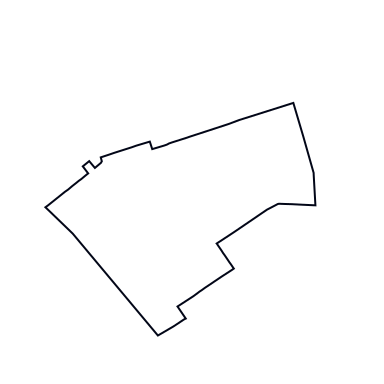 Al-Munakh, Bur Sa`id, Egypt, rotated 219°
{"feature_id": "37247803B61340660401138", "entity_name": "Al-Munakh", "entity_type": "district", "adm_level": 2, "iso_a3": "EGY", "parent_name": "Egypt", "parent_adm1": "Bur Sa`id", "projection": "albers", "projection_center": [32.286, 31.265], "detail": "fine", "context": "isolated", "style": "outline", "palette": "ink", "viewbox_px": 384, "rotation_deg": 219, "n_neighbors": 0, "source": "geoboundaries", "source_scale": "gbopen_adm2", "svg_char_len": 1101}
<svg xmlns="http://www.w3.org/2000/svg" viewBox="0 0 384 384"><g transform="rotate(219 192 192)"><path d="M296.3,87.9L285.8,87.0L258.5,84.6L128.2,59.0L121.8,75.9L118.1,87.7L117.7,88.7L117.2,89.7L131.2,93.9L125.3,112.1L123.7,118.3L123.6,118.9L123.4,119.6L122.7,121.7L121.7,125.5L115.7,145.0L111.8,157.0L111.3,158.8L113.4,159.4L116.3,160.3L118.6,160.9L122.8,162.2L127.1,163.5L129.4,164.1L132.0,165.0L138.7,167.0L139.5,167.3L140.4,167.5L134.2,186.9L122.6,225.5L121.1,228.9L118.6,234.7L117.8,236.6L117.4,237.1L117.0,237.6L111.8,241.5L106.7,245.4L99.0,251.0L87.7,259.3L108.3,282.0L108.9,282.7L109.5,283.4L140.2,305.0L169.3,325.0L200.7,277.5L206.2,268.1L228.8,233.2L229.4,232.2L230.0,231.2L238.9,217.7L240.5,215.1L240.9,214.0L241.0,213.8L241.4,212.9L242.9,210.5L249.9,200.3L256.5,204.6L264.5,192.9L267.0,188.8L277.0,173.6L280.0,168.8L284.7,161.5L281.4,159.1L281.3,158.3L281.1,157.5L281.6,154.8L282.6,149.6L291.3,151.3L293.0,143.2L284.4,141.1L285.1,137.9L286.2,132.3L287.0,129.5L287.7,126.1L288.8,121.3L289.8,115.9L290.9,112.1L295.5,90.9L296.3,87.9Z" fill="none" stroke="#020617" stroke-width="2"/></g></svg>